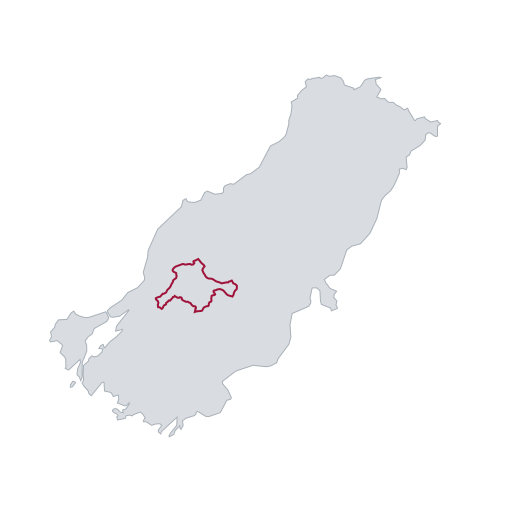 where Ankara sits in Turkey, rotated 315°
{"feature_id": "TUR-3008", "entity_name": "Ankara", "entity_type": "Province", "adm_level": 1, "iso_a3": "TUR", "parent_name": "Turkey", "parent_adm1": "", "projection": "albers", "projection_center": [32.475, 39.676], "detail": "fine", "context": "in_parent", "style": "outline", "palette": "rose", "viewbox_px": 512, "rotation_deg": 315, "n_neighbors": 0, "source": "natural_earth", "source_scale": "10m", "svg_char_len": 5912}
<svg xmlns="http://www.w3.org/2000/svg" viewBox="0 0 512 512"><g transform="rotate(315 256 256)"><path d="M389.7,172.0L397.0,173.8L399.1,171.7L405.4,171.2L411.3,172.0L414.0,167.5L418.0,167.5L419.0,169.5L421.0,170.1L427.5,174.7L427.0,175.5L428.6,177.2L433.9,177.9L434.7,180.6L439.2,184.1L442.0,190.1L441.3,194.5L439.4,197.5L443.8,206.5L442.9,207.8L449.6,210.1L457.4,208.6L460.1,209.6L468.7,215.9L471.0,218.5L465.3,215.7L462.7,219.1L462.1,226.6L453.9,229.0L455.8,233.6L458.4,235.5L458.2,240.0L459.0,241.7L461.7,244.4L461.9,248.4L463.4,252.5L464.1,257.6L467.8,258.7L466.6,261.3L464.0,272.1L464.3,272.9L467.0,272.8L473.6,276.8L472.8,278.4L474.4,285.0L480.1,288.5L479.6,290.8L480.1,293.0L476.2,292.5L469.3,299.4L468.4,299.4L467.1,297.5L466.1,291.7L464.0,290.4L461.6,290.3L457.8,293.5L453.9,293.9L450.1,293.9L439.6,291.4L436.1,293.1L432.1,292.2L425.4,300.3L423.1,301.1L421.7,297.6L418.8,295.9L415.7,299.0L403.2,303.8L397.3,305.0L389.9,304.5L383.9,305.4L368.1,314.9L352.7,320.5L338.5,321.2L330.5,316.7L324.4,315.9L306.7,324.7L297.8,324.9L294.7,321.9L287.8,320.9L286.5,324.0L285.4,331.3L288.1,337.9L284.2,338.5L281.8,340.1L281.4,345.1L277.9,347.2L276.9,350.4L276.3,350.5L270.5,348.1L271.9,345.6L268.0,336.5L269.7,333.5L276.7,325.7L276.3,321.3L273.1,318.3L264.0,324.2L263.2,326.4L261.1,328.1L257.7,328.9L240.9,322.2L231.4,328.7L223.2,338.1L217.0,341.6L198.5,344.3L195.2,346.1L188.9,344.2L185.1,341.7L176.6,331.2L160.5,323.1L143.6,320.9L142.0,322.9L141.3,331.0L138.4,338.6L137.0,339.4L133.3,337.4L120.0,341.5L108.9,336.1L107.1,333.9L104.9,324.9L103.3,324.2L101.5,325.4L99.6,325.3L91.7,321.1L87.4,320.6L84.7,324.3L80.3,325.6L80.3,324.5L82.1,322.2L75.3,322.3L71.7,324.0L66.9,322.6L67.3,321.6L71.3,320.6L80.3,319.7L86.3,314.1L64.9,313.3L62.8,314.4L62.6,311.3L63.9,310.0L69.6,309.2L69.4,306.6L66.1,303.7L62.5,302.0L61.1,295.5L59.3,293.8L59.6,292.9L63.2,292.0L64.2,287.4L63.8,284.5L57.2,281.5L55.6,281.7L54.1,279.1L51.3,277.1L48.8,278.4L42.2,274.1L43.7,271.4L45.4,271.6L45.8,269.5L44.7,265.8L45.0,263.9L46.5,263.5L48.2,264.0L49.7,266.2L49.6,270.4L51.3,273.0L52.7,270.6L55.8,272.1L61.4,271.2L62.6,270.2L58.5,270.1L57.1,269.0L54.1,261.9L57.7,260.2L60.3,257.0L55.8,254.5L57.0,250.0L53.4,244.4L59.1,238.0L58.9,237.1L57.2,236.6L40.6,238.3L40.5,235.3L41.9,232.7L42.3,226.3L43.3,222.8L46.3,222.0L50.4,217.1L56.8,211.4L63.0,211.9L65.6,210.4L69.3,210.5L70.3,213.0L73.4,214.8L79.2,214.9L82.0,213.4L79.5,210.3L82.8,209.5L85.4,210.4L83.8,213.6L84.6,213.9L92.1,213.3L99.8,214.4L108.4,214.4L109.6,213.4L103.6,209.9L107.6,207.1L109.8,206.7L127.8,204.6L127.9,203.9L117.0,202.1L111.5,198.1L110.0,195.9L111.3,190.9L112.6,189.6L116.5,189.6L129.9,192.3L139.5,191.2L149.9,194.7L159.9,194.2L162.0,192.7L164.6,187.9L178.8,180.0L183.7,175.8L205.5,167.5L238.1,168.4L243.8,165.0L247.1,166.0L246.2,168.1L246.5,170.1L250.5,174.8L256.5,177.5L264.5,174.8L267.4,175.6L270.6,183.2L275.9,187.5L278.2,187.7L281.2,184.9L284.1,184.4L289.1,186.8L290.9,189.5L306.8,191.8L310.2,193.9L321.0,195.5L344.1,188.4L353.0,191.4L360.3,192.0L363.4,191.2L372.5,185.9L375.2,183.2L380.9,180.5L387.9,175.0L389.7,172.0ZM88.2,166.2L87.4,169.6L88.6,173.4L91.6,178.8L94.9,181.5L110.5,189.3L108.0,195.8L104.0,196.7L90.4,192.9L84.7,195.3L80.7,194.4L75.1,195.3L73.3,199.2L69.1,203.6L57.7,208.5L46.9,219.1L43.9,220.3L45.5,216.6L45.6,213.2L50.3,209.6L56.7,207.1L58.4,204.7L42.8,204.1L41.6,200.6L43.2,200.0L48.7,194.2L49.3,191.8L49.2,185.8L55.6,182.7L56.2,181.3L55.6,175.3L50.0,171.5L50.2,169.8L54.5,168.5L57.0,164.5L63.1,164.1L66.0,162.3L71.2,161.5L77.4,167.1L85.2,165.5L88.2,166.2ZM38.7,218.1L33.4,218.6L31.9,217.6L33.6,215.9L37.8,215.0L39.0,216.9L38.7,218.1Z" fill="#d9dde1" stroke="#a8b0b8" stroke-width="1"/><path d="M183.8,215.1L185.7,214.1L186.3,213.0L187.1,212.1L187.5,211.4L186.6,209.0L186.7,207.4L187.4,206.8L188.2,206.5L190.0,206.4L191.8,206.7L198.5,209.8L199.1,210.6L199.6,211.6L200.4,212.5L201.3,213.2L201.7,213.3L202.6,214.2L203.4,214.6L203.9,215.4L204.1,216.4L205.6,217.6L207.3,217.4L207.4,216.6L207.6,215.8L208.0,215.6L208.5,215.6L209.2,215.9L209.9,216.3L213.0,217.2L212.8,219.7L212.5,221.4L212.5,223.4L212.7,225.2L212.4,226.9L209.7,227.3L208.1,228.0L207.0,230.6L206.5,233.1L205.8,235.6L206.4,238.2L208.3,240.4L209.0,241.5L209.9,245.8L211.8,249.4L212.3,251.0L214.9,252.7L216.1,253.6L216.5,253.8L216.8,254.0L217.2,254.6L217.7,255.0L218.9,255.0L219.7,255.4L220.0,255.7L221.5,256.2L221.3,257.2L220.6,259.2L221.5,261.7L221.5,263.4L219.6,265.3L218.7,265.8L216.6,265.7L214.6,266.3L212.7,267.5L210.6,268.0L210.1,266.8L209.4,265.8L208.8,264.6L208.3,263.4L208.2,261.7L208.4,260.0L208.5,258.3L208.4,256.7L207.1,253.8L204.8,252.2L203.5,251.8L203.1,251.6L202.1,250.8L201.1,250.8L200.6,251.4L200.4,252.2L200.2,253.8L199.9,254.3L198.9,254.2L197.5,253.1L196.4,252.8L194.0,254.7L193.2,255.9L192.1,256.5L190.4,255.8L188.9,256.4L187.5,257.6L186.6,257.5L185.7,256.7L185.0,256.3L183.0,255.6L181.8,255.7L179.4,256.5L178.5,256.2L175.2,253.4L174.2,252.8L173.2,252.3L173.8,251.9L175.0,251.3L175.3,251.0L175.4,250.7L175.9,250.6L176.4,250.5L177.0,250.0L177.4,249.2L177.3,248.3L176.6,247.8L176.1,247.0L176.1,245.9L176.0,245.7L175.9,245.3L176.1,244.4L176.3,243.5L176.3,242.6L176.0,242.0L175.7,241.5L175.6,240.5L175.3,239.9L174.1,238.9L173.0,235.7L172.9,234.2L173.8,233.2L173.8,232.4L173.5,232.1L173.2,231.6L173.0,231.2L172.2,231.2L171.6,230.8L171.0,229.9L170.7,229.0L170.6,228.2L170.3,227.7L170.3,226.8L169.3,226.9L168.3,226.3L167.5,226.6L165.8,226.6L164.9,226.8L164.2,226.5L163.5,226.7L162.6,225.7L162.0,225.8L161.4,226.0L159.3,225.6L158.7,226.2L158.0,226.6L157.4,226.4L156.9,226.0L155.5,225.9L153.3,226.8L152.4,226.8L151.9,226.7L151.8,226.0L151.6,224.2L150.6,223.0L152.0,221.1L153.9,220.1L154.7,218.6L154.6,216.8L154.8,215.6L155.4,215.0L157.6,215.8L159.5,217.0L163.4,216.7L164.1,217.5L164.6,217.7L165.3,217.8L166.0,218.1L166.8,218.2L168.8,217.4L169.7,217.3L172.6,217.4L174.5,216.9L176.1,216.2L178.8,215.6L179.7,214.9L180.7,214.6L183.8,215.1Z" fill="none" stroke="#9f1239" stroke-width="2"/></g></svg>